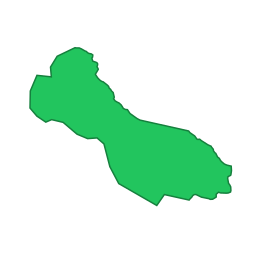 outline of Unicoi, Tennessee, United States of America, rotated 254°
{"feature_id": "52423323B48886024703074", "entity_name": "Unicoi", "entity_type": "district", "adm_level": 2, "iso_a3": "USA", "parent_name": "United States of America", "parent_adm1": "Tennessee", "projection": "natural_earth1", "projection_center": [-82.426, 36.107], "detail": "fine", "context": "isolated", "style": "filled", "palette": "green", "viewbox_px": 256, "rotation_deg": 254, "n_neighbors": 0, "source": "geoboundaries", "source_scale": "gbopen_adm2", "svg_char_len": 1554}
<svg xmlns="http://www.w3.org/2000/svg" viewBox="0 0 256 256"><g transform="rotate(254 128 128)"><path d="M164.5,43.7L156.3,50.6L157.1,56.9L151.3,67.2L136.1,77.3L128.9,86.3L127.0,95.5L119.3,100.5L95.8,99.9L77.1,103.8L45.6,134.3L54.0,144.6L41.9,166.9L42.9,168.3L43.9,170.2L45.1,171.5L45.7,172.9L45.4,174.9L43.2,177.4L41.3,179.5L37.7,186.4L36.8,187.3L36.6,188.0L36.2,189.8L37.2,193.5L37.4,193.8L40.0,194.5L41.3,197.3L40.1,199.0L38.2,204.8L37.9,206.5L38.2,208.9L39.6,209.7L43.1,210.5L45.7,210.0L47.0,209.4L52.1,209.9L53.7,210.7L54.2,213.6L54.9,214.1L58.4,215.7L62.9,216.7L65.1,212.8L66.8,210.7L70.1,208.5L71.6,207.9L73.7,207.4L75.4,206.1L79.4,205.4L80.3,204.7L82.3,203.9L84.1,204.1L86.7,203.0L87.4,202.9L87.5,202.9L89.9,200.1L95.8,194.9L97.1,194.1L97.6,193.5L97.7,192.1L98.3,191.2L102.0,189.9L106.5,186.2L108.4,185.5L128.9,147.9L132.3,141.7L134.6,139.3L141.4,133.9L145.8,132.5L146.6,130.5L148.1,128.9L150.1,128.4L152.3,127.7L154.9,126.0L155.2,125.4L157.6,123.1L160.1,122.2L160.8,122.9L161.5,123.3L166.2,123.5L168.3,122.3L169.8,122.0L171.6,120.9L173.4,120.8L174.9,120.0L179.3,116.8L180.0,115.6L182.0,114.0L184.5,112.7L188.3,111.5L188.8,111.6L192.5,115.5L193.3,115.6L195.5,115.1L196.9,116.1L198.0,116.5L199.4,116.1L200.5,114.7L201.9,112.6L203.8,112.5L205.2,112.6L205.9,113.5L207.9,114.3L209.3,113.2L209.8,112.3L210.7,110.6L212.4,109.4L213.1,109.0L213.5,108.5L213.8,108.0L216.8,105.1L218.4,103.2L219.2,100.4L219.8,99.2L216.5,79.7L207.9,70.3L198.3,68.4L203.7,55.0L190.5,44.3L174.2,39.3L164.5,43.7Z" fill="#22c55e" stroke="#15803d" stroke-width="1.5"/></g></svg>